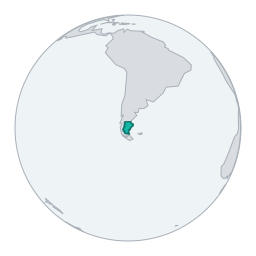 globe centered on Santa Cruz
{"feature_id": "ARG-1271", "entity_name": "Santa Cruz", "entity_type": "Province", "adm_level": 1, "iso_a3": "ARG", "parent_name": "Argentina", "parent_adm1": "", "projection": "orthographic", "projection_center": [-69.587, -49.195], "detail": "fine", "context": "on_globe", "style": "filled", "palette": "teal", "viewbox_px": 256, "rotation_deg": 0, "n_neighbors": 0, "source": "natural_earth", "source_scale": "10m", "svg_char_len": 5106}
<svg xmlns="http://www.w3.org/2000/svg" viewBox="0 0 256 256"><circle cx="128" cy="128" r="113" fill="#eef3f6" stroke="#a8b0b8"/><path d="M60.1,38.1L61.7,38.8L58.8,40.2L56.9,40.8L58.6,39.5L58.3,39.5L60.1,38.1ZM123.9,15.4L119.0,15.7L119.6,15.8L118.1,16.0L117.7,15.9L118.2,16.2L108.4,18.4L108.9,20.9L104.2,19.6L99.9,20.4L94.7,21.7L94.6,22.1L87.8,24.0L81.4,27.2L78.7,30.5L80.7,31.9L88.4,29.3L90.8,27.2L96.6,25.3L92.1,30.5L102.0,28.7L100.8,32.7L103.7,34.3L108.7,32.9L113.9,33.3L117.8,30.5L123.8,28.9L123.9,32.3L127.3,29.1L130.7,30.7L142.8,31.3L141.9,32.0L152.1,37.5L163.2,41.9L165.8,45.5L164.5,47.0L168.3,48.7L168.4,50.0L183.6,57.7L191.3,64.9L190.9,70.1L184.4,73.4L178.1,86.1L166.2,87.2L162.9,93.3L153.3,101.9L146.1,99.6L148.0,105.7L143.8,108.6L139.1,108.3L138.1,112.5L134.6,112.3L136.9,115.4L131.2,120.9L132.7,126.0L128.6,131.0L129.7,134.2L128.2,134.1L126.5,135.3L126.4,137.1L121.6,134.3L120.2,127.3L121.9,123.7L119.8,123.3L123.5,114.7L121.2,116.5L121.7,104.7L124.9,95.5L126.9,72.6L124.5,68.6L115.8,64.6L105.4,52.8L108.1,47.6L105.8,45.8L113.3,38.7L111.3,33.9L108.7,33.6L106.1,35.8L97.3,34.6L94.3,32.1L68.3,37.7L65.9,38.0L66.3,36.3L60.3,38.0L67.3,33.1L74.7,28.8L82.4,25.0L90.3,21.8L98.5,19.3L106.9,17.4L115.4,16.1L123.9,15.4ZM108.2,22.1L119.5,22.8L112.9,23.6L114.2,23.1L111.4,22.6L106.0,22.8L100.3,24.3L108.2,22.1ZM113.6,19.6L111.6,19.7L113.6,19.5L113.6,19.6ZM129.6,140.6L122.0,135.4L126.2,137.6L129.1,134.8L133.1,139.0L129.6,140.6ZM138.1,133.8L141.5,132.7L142.4,133.8L140.2,134.7L138.1,133.8ZM229.9,176.0L230.7,172.8L227.3,178.3L227.2,176.1L225.0,178.6L223.0,178.3L221.0,175.7L221.2,166.8L223.8,163.9L227.9,154.6L234.6,136.7L237.4,133.5L238.5,128.4L238.3,112.3L238.6,108.4L237.8,104.3L236.7,101.2L235.6,96.5L234.7,94.2L226.8,82.0L222.7,74.2L213.8,58.5L214.0,56.8L211.0,52.5L211.5,52.4L216.8,58.7L221.6,65.4L226.0,72.4L229.8,79.8L233.1,87.4L235.8,95.2L237.9,103.2L239.4,111.4L240.3,119.6L240.6,127.9L240.3,136.1L239.4,144.4L237.9,152.5L235.8,160.5L233.2,168.3L229.9,176.0ZM143.2,31.3L144.7,32.1L142.7,31.9L143.2,31.3ZM112.0,24.7L114.4,24.5L115.7,24.8L113.8,25.1L112.0,24.7ZM132.6,23.8L135.5,24.2L132.5,24.3L132.6,23.8ZM121.3,22.9L130.4,23.7L124.6,24.5L118.9,24.2L122.9,23.8L121.3,22.9ZM112.3,20.8L113.8,20.7L113.3,21.1L112.3,20.8ZM115.0,19.4L114.4,19.5L113.7,19.4L115.0,19.4ZM177.3,225.5L174.9,226.3L176.4,225.3L177.3,225.5ZM220.4,192.3L219.3,193.8L221.5,190.1L224.2,186.3L225.7,184.1L220.4,192.3ZM53.1,206.8L52.6,205.1L55.8,207.2L60.0,210.3L63.2,213.9L53.1,206.8ZM80.4,228.9L79.8,229.4L75.7,227.1L78.0,227.7L80.4,228.9ZM50.3,204.3L47.4,202.1L45.5,202.0L46.7,201.3L45.3,198.2L51.9,204.0L50.3,204.3ZM65.5,221.7L71.0,224.9L76.7,228.0L77.5,228.6L79.9,229.7L83.3,231.4L83.7,231.6L74.4,227.0L65.5,221.7ZM28.7,181.2L29.0,181.7L28.7,181.2Z" fill="#d9dde1" stroke="#a8b0b8" stroke-width="1"/><path d="M124.9,124.2L125.0,124.1L124.9,124.0L124.8,123.9L124.9,123.7L124.8,123.4L125.0,123.3L125.1,123.2L125.2,122.9L125.1,122.5L125.0,122.3L125.0,122.2L124.8,122.1L125.0,122.0L125.1,121.9L130.7,121.8L130.7,122.0L130.7,122.4L130.8,122.5L130.9,122.9L131.0,123.0L131.3,123.1L131.4,123.3L131.5,123.4L131.6,123.6L131.8,123.8L132.0,123.9L132.3,123.9L132.5,124.0L132.8,123.9L132.9,124.0L133.0,124.0L133.1,124.3L133.2,124.5L133.1,124.8L132.9,125.3L132.7,125.2L132.6,125.3L132.4,125.5L132.2,125.5L132.3,125.5L132.4,125.4L132.5,125.4L132.8,125.3L132.9,125.5L133.0,125.6L132.9,125.7L132.8,125.8L132.8,126.0L132.7,126.0L132.4,126.2L132.3,126.3L132.2,126.3L132.1,126.5L131.8,126.6L131.7,126.7L131.6,126.8L131.4,126.9L131.3,127.0L131.2,127.0L131.1,127.3L130.9,127.4L130.8,127.5L130.6,127.7L130.6,127.9L130.5,128.0L130.4,128.2L130.4,128.3L130.2,128.4L130.3,128.4L130.5,128.2L130.5,128.3L130.4,128.7L130.4,129.0L130.3,129.4L130.2,129.5L129.9,129.8L129.7,129.8L129.5,129.7L129.4,129.6L129.3,129.4L129.2,129.1L129.3,129.3L129.2,129.5L128.9,129.5L128.7,129.6L128.8,129.6L129.0,129.6L129.3,129.5L129.4,129.8L129.5,129.8L129.4,130.0L129.1,130.2L128.9,130.2L128.9,130.3L128.6,130.7L128.6,130.8L128.5,131.0L128.6,131.3L128.4,131.5L128.2,131.6L128.4,131.6L128.5,131.5L128.6,131.9L128.6,132.0L128.8,132.5L128.7,132.7L128.4,132.6L128.2,132.7L128.0,132.8L128.2,132.7L128.3,132.7L128.5,132.8L128.4,132.9L128.5,132.9L128.8,132.8L128.9,133.0L129.0,133.4L129.1,133.5L129.5,134.1L129.4,134.3L129.4,134.2L129.2,134.1L128.9,134.0L128.7,133.9L128.1,133.8L127.6,133.5L125.2,133.5L125.1,133.4L125.0,133.1L124.9,133.1L124.7,133.0L124.7,132.9L124.5,132.7L124.6,132.4L124.6,132.2L124.6,131.9L124.6,131.7L124.7,131.4L124.7,131.2L124.6,130.9L124.4,130.8L124.2,131.0L124.1,130.9L123.9,131.0L123.7,131.1L123.5,130.9L123.4,130.9L123.4,130.7L123.4,130.4L123.3,130.2L123.2,130.1L123.0,129.9L123.1,129.7L123.0,129.4L123.1,129.2L123.4,129.1L123.6,128.8L123.6,128.7L123.5,128.3L123.5,128.2L123.4,128.2L123.5,128.0L123.5,127.9L123.6,127.7L123.8,127.6L124.1,127.3L124.1,127.2L124.1,126.9L124.1,126.7L124.3,126.5L124.4,126.4L124.5,126.4L124.4,126.3L124.4,126.1L124.4,125.9L124.3,125.7L124.2,125.7L124.2,125.4L124.2,125.2L124.3,125.0L124.3,124.9L124.4,124.7L124.5,124.6L124.7,124.4L124.7,124.2L124.8,124.1L124.9,124.2Z" fill="#14b8a6" stroke="#0f766e" stroke-width="1.5"/></svg>